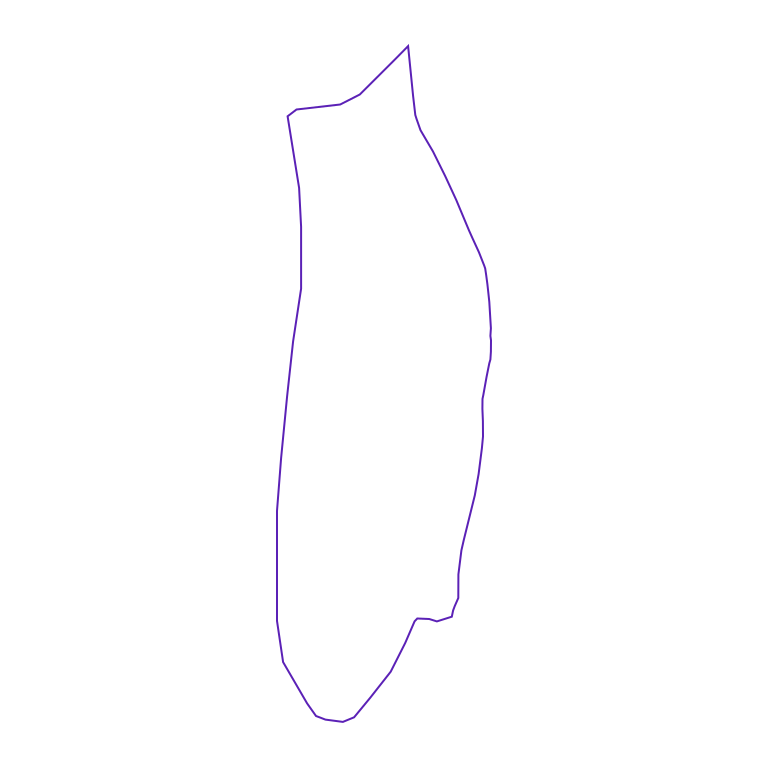 the district of Monchy/La Retraite, Gros Islet, Saint Lucia
{"feature_id": "8701671B23608310651096", "entity_name": "Monchy/La Retraite", "entity_type": "district", "adm_level": 2, "iso_a3": "LCA", "parent_name": "Saint Lucia", "parent_adm1": "Gros Islet", "projection": "robinson", "projection_center": [-60.945, 14.064], "detail": "fine", "context": "isolated", "style": "outline", "palette": "violet", "viewbox_px": 768, "rotation_deg": 0, "n_neighbors": 0, "source": "geoboundaries", "source_scale": "gbopen_adm2", "svg_char_len": 938}
<svg xmlns="http://www.w3.org/2000/svg" viewBox="0 0 768 768"><path d="M408.1,46.1L394.7,59.7L359.8,94.5L340.2,104.5L296.5,109.5L287.6,116.3L299.1,187.9L301.1,226.8L301.1,288.7L293.1,341.4L287.1,396.4L281.1,458.2L277.0,510.9L277.0,564.5L277.0,620.9L283.1,662.1L307.1,703.4L316.0,716.0L320.0,717.5L325.4,719.6L342.9,721.9L354.1,717.3L370.1,697.9L390.7,671.7L405.2,643.0L414.6,621.3L417.3,618.5L429.2,619.0L436.9,621.4L451.8,616.7L453.1,610.5L454.7,606.2L458.3,598.0L458.4,574.4L461.4,550.4L463.8,539.9L474.8,495.4L478.6,474.1L481.9,448.2L483.0,436.5L482.9,421.1L482.4,408.8L482.5,398.9L483.3,395.1L486.6,376.7L489.3,363.3L490.4,359.5L490.9,351.7L491.0,340.3L490.4,335.9L490.9,328.3L489.3,301.9L488.2,291.5L487.4,284.2L486.2,275.2L485.2,268.5L484.2,265.6L479.0,252.4L472.3,237.8L468.9,230.2L456.3,200.1L445.2,176.1L433.0,151.5L420.5,130.2L416.6,119.1L415.3,115.0L413.1,96.0L408.1,46.1Z" fill="none" stroke="#5b21b6" stroke-width="2"/></svg>